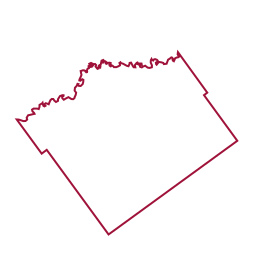 outline of Jones, South Dakota, United States of America, rotated 144°
{"feature_id": "52423323B31695070562540", "entity_name": "Jones", "entity_type": "district", "adm_level": 2, "iso_a3": "USA", "parent_name": "United States of America", "parent_adm1": "South Dakota", "projection": "mercator", "projection_center": [-100.738, 43.939], "detail": "fine", "context": "isolated", "style": "outline", "palette": "rose", "viewbox_px": 256, "rotation_deg": 144, "n_neighbors": 0, "source": "geoboundaries", "source_scale": "gbopen_adm2", "svg_char_len": 2692}
<svg xmlns="http://www.w3.org/2000/svg" viewBox="0 0 256 256"><g transform="rotate(144 128 128)"><path d="M206.3,53.3L47.1,53.4L47.2,109.9L43.1,110.0L43.0,160.0L44.5,158.5L44.7,157.1L44.9,155.7L45.8,155.7L47.2,156.4L48.9,156.7L50.3,155.8L51.6,155.1L51.7,155.5L52.1,156.1L51.7,157.3L50.9,157.8L51.1,159.4L51.9,159.7L53.3,159.5L55.4,159.7L57.7,158.2L59.0,157.3L61.4,158.6L61.2,159.9L62.5,161.6L64.2,163.3L66.2,162.8L67.6,162.4L67.7,163.2L67.0,164.5L65.5,164.3L64.4,165.1L64.5,166.1L65.6,167.8L66.7,168.2L68.0,167.8L68.5,169.4L68.4,170.0L69.7,169.4L71.2,167.5L71.8,164.6L73.0,163.1L75.2,163.9L76.6,165.3L77.5,168.3L79.8,168.9L81.2,168.9L82.2,170.3L81.9,171.4L80.3,171.5L79.8,170.9L79.2,172.2L80.6,173.3L82.1,173.2L82.9,174.4L81.8,174.6L81.8,175.4L82.6,175.6L85.6,174.8L86.4,172.8L87.7,173.8L87.7,175.5L87.3,177.6L87.1,179.1L88.4,179.7L89.3,178.8L91.3,177.7L92.5,179.2L94.2,182.9L95.6,184.7L95.5,185.6L96.7,185.6L96.8,184.7L97.7,183.4L99.5,183.6L101.7,184.1L103.6,185.5L103.6,186.5L104.3,188.2L105.7,188.0L106.2,189.2L105.9,190.1L104.6,189.9L103.8,190.8L104.7,191.8L105.8,192.4L106.8,192.4L107.8,192.6L108.1,193.4L107.4,194.5L106.9,194.4L107.1,195.2L108.5,195.9L109.8,195.6L109.8,196.4L108.5,196.7L107.9,196.5L108.0,197.6L109.8,198.0L112.9,195.3L113.9,195.6L115.0,195.5L115.4,194.8L114.9,194.1L114.4,193.8L115.0,193.2L115.8,194.1L116.8,194.6L117.2,194.0L117.2,193.6L117.9,193.8L118.0,194.9L118.1,196.8L116.8,197.7L117.0,199.1L118.3,199.9L119.7,202.4L121.6,202.7L121.9,201.1L119.8,200.4L119.4,199.3L120.3,199.0L121.0,198.8L122.5,199.4L122.9,200.4L123.0,201.2L123.5,201.3L123.9,200.6L124.5,199.4L125.9,199.7L127.5,198.7L127.9,197.6L128.3,197.3L129.0,197.6L129.2,198.7L128.8,199.2L129.7,200.5L130.8,201.3L131.7,201.5L132.8,201.9L133.7,200.0L134.4,198.3L136.3,197.1L138.6,195.9L139.4,195.1L138.7,194.2L137.7,194.3L136.4,194.4L135.8,193.2L137.0,191.7L138.8,190.2L141.6,189.8L143.0,191.0L143.0,192.6L142.4,192.8L142.9,193.4L144.6,192.3L147.3,191.7L149.2,189.6L149.2,187.0L151.2,185.3L152.8,184.5L153.5,183.8L155.3,183.5L156.7,184.6L158.1,188.0L160.9,188.4L163.3,188.6L163.5,189.8L163.6,190.8L162.7,192.4L161.5,191.8L160.9,192.3L161.3,192.8L162.1,193.2L164.3,193.8L167.6,192.5L168.7,191.1L171.0,191.4L171.5,193.4L171.4,195.3L172.6,196.3L174.4,196.1L176.4,195.0L178.2,193.8L178.8,194.8L180.0,196.4L181.5,196.4L182.0,195.6L181.8,194.5L182.9,194.6L183.4,195.7L182.9,197.3L182.3,198.6L183.0,198.4L186.0,198.7L187.3,197.0L189.1,195.8L190.2,197.2L193.0,199.2L194.8,199.3L195.5,197.6L195.1,195.4L195.3,194.4L196.6,195.0L198.6,195.8L201.3,197.0L203.9,195.9L204.6,194.1L206.8,193.9L208.6,195.1L211.4,199.0L213.0,200.3L212.9,158.0L206.6,158.1L206.3,53.3Z" fill="none" stroke="#9f1239" stroke-width="2"/></g></svg>